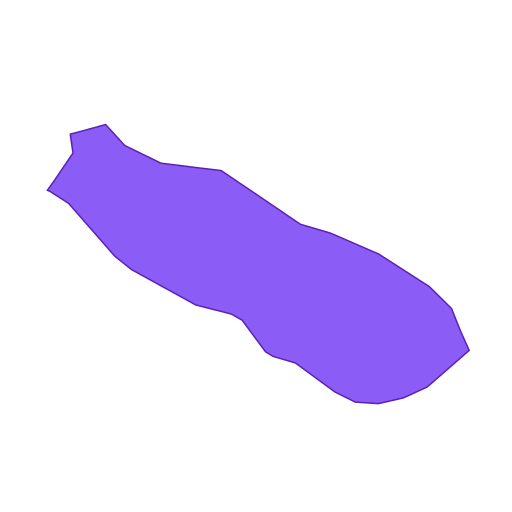 outline of Liquica, rotated 225°
{"feature_id": "TLS-542", "entity_name": "Liquica", "entity_type": "District", "adm_level": 1, "iso_a3": "TLS", "parent_name": "East Timor", "parent_adm1": "", "projection": "mercator", "projection_center": [125.297, -8.662], "detail": "fine", "context": "isolated", "style": "filled", "palette": "violet", "viewbox_px": 512, "rotation_deg": 225, "n_neighbors": 0, "source": "natural_earth", "source_scale": "10m", "svg_char_len": 594}
<svg xmlns="http://www.w3.org/2000/svg" viewBox="0 0 512 512"><g transform="rotate(225 256 256)"><path d="M38.5,340.0L42.3,284.5L51.4,260.0L65.1,238.1L82.5,222.9L103.8,215.7L152.5,208.2L172.9,197.1L181.5,195.0L220.4,200.8L232.4,197.5L263.9,178.8L334.3,158.4L355.7,156.0L425.7,160.7L447.5,156.0L450.0,154.9L451.6,164.8L458.2,199.4L473.5,210.8L462.1,230.6L455.3,242.6L427.0,241.3L388.9,254.4L360.1,276.8L341.2,291.7L298.6,300.0L247.1,309.8L219.4,324.9L170.4,344.2L119.7,355.2L112.1,356.9L80.5,357.1L59.4,348.0L38.8,340.1L38.5,340.0Z" fill="#8b5cf6" stroke="#5b21b6" stroke-width="1.5"/></g></svg>